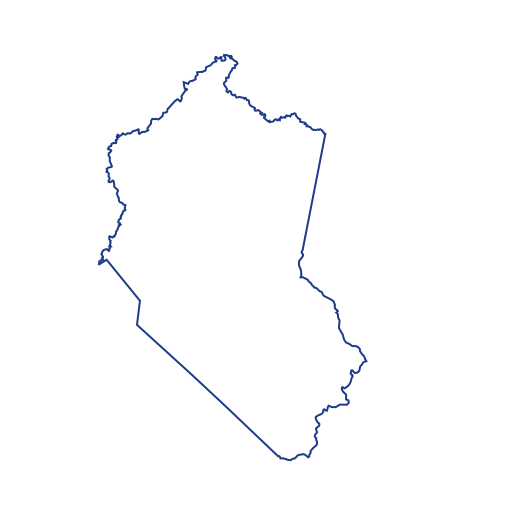 La Mesa, Veraguas, Panama (orthographic projection), rotated 227°
{"feature_id": "35544464B90522605165163", "entity_name": "La Mesa", "entity_type": "district", "adm_level": 2, "iso_a3": "PAN", "parent_name": "Panama", "parent_adm1": "Veraguas", "projection": "orthographic", "projection_center": [-81.193, 8.152], "detail": "fine", "context": "isolated", "style": "outline", "palette": "blue", "viewbox_px": 512, "rotation_deg": 227, "n_neighbors": 0, "source": "geoboundaries", "source_scale": "gbopen_adm2", "svg_char_len": 6100}
<svg xmlns="http://www.w3.org/2000/svg" viewBox="0 0 512 512"><g transform="rotate(227 256 256)"><path d="M101.2,229.5L100.9,230.0L99.1,230.3L98.6,231.2L98.2,234.3L98.5,237.0L99.3,239.2L101.5,242.7L102.2,244.8L103.4,245.3L104.3,244.8L105.6,245.2L107.3,247.7L107.1,248.1L106.2,248.6L104.1,248.3L102.8,248.7L101.5,251.0L101.6,253.2L104.1,256.8L104.3,259.0L105.0,261.5L105.0,262.3L103.8,265.0L106.5,265.5L107.6,266.2L109.5,266.8L111.4,266.5L115.5,267.2L117.2,268.5L119.1,268.6L121.7,267.8L124.5,265.0L127.7,264.4L131.4,262.9L133.5,263.1L135.4,263.7L139.2,265.8L146.8,267.5L151.9,273.2L155.0,274.1L157.8,276.3L159.9,276.1L159.8,278.0L160.1,278.4L163.8,278.0L164.2,278.5L165.8,279.3L166.2,280.3L169.9,281.8L172.6,281.3L180.4,278.5L182.3,278.6L184.2,279.4L185.0,279.5L187.0,278.5L191.0,278.4L193.6,277.0L194.6,277.4L196.1,277.1L198.5,277.6L201.9,277.2L203.3,277.7L209.2,275.5L210.0,273.7L210.5,273.4L210.0,274.1L210.0,274.8L212.3,277.2L215.4,279.4L219.7,281.0L222.4,283.5L223.1,284.9L223.5,288.5L224.3,290.9L225.2,291.5L226.8,291.5L227.8,292.0L228.4,293.9L229.9,296.0L298.0,390.0L298.7,389.3L300.0,389.7L301.0,389.5L301.8,390.0L304.6,389.6L305.0,389.3L305.3,388.1L306.4,387.5L307.1,385.8L308.4,384.9L309.1,383.9L311.1,383.4L313.3,383.6L314.9,382.5L316.2,382.5L316.4,381.8L317.1,382.5L318.9,381.7L318.9,382.7L319.7,382.9L324.1,379.9L324.5,380.1L324.7,380.6L325.9,381.6L327.1,380.9L328.1,380.7L331.5,381.0L332.6,381.8L334.2,381.5L334.5,379.6L335.4,379.0L334.7,376.2L335.9,376.0L336.7,374.7L337.8,374.4L338.0,372.9L337.2,372.0L337.3,371.6L338.9,370.6L339.5,369.1L340.7,369.1L340.6,368.1L339.1,366.1L340.5,365.8L340.2,364.7L340.5,364.2L342.7,363.6L342.9,362.2L342.5,360.6L344.0,358.1L344.5,357.9L345.8,358.1L346.0,357.5L345.1,357.4L345.0,357.1L347.3,356.5L351.7,356.1L352.2,356.8L351.8,357.7L352.1,358.4L352.6,358.9L353.9,359.1L354.2,358.9L354.4,357.4L355.8,356.3L357.0,356.2L356.8,357.9L358.9,357.3L360.1,357.5L361.5,356.9L362.2,355.1L363.2,354.4L363.9,354.7L364.9,356.1L368.4,354.9L370.6,354.5L372.4,355.2L374.5,356.8L375.2,356.7L376.3,355.7L378.8,356.3L379.0,356.1L379.0,354.7L380.7,354.5L381.9,353.4L383.4,352.6L385.1,349.9L385.7,349.8L388.4,350.6L389.1,348.8L390.1,348.5L391.4,348.6L392.8,349.6L394.0,349.5L395.0,348.9L394.7,347.2L396.2,346.6L397.0,347.1L397.9,348.7L400.1,349.2L401.6,349.2L403.5,349.8L404.2,350.3L404.5,351.5L404.4,353.8L406.7,355.6L406.5,356.1L405.1,357.3L405.1,357.7L406.7,359.3L408.2,363.5L408.4,365.4L409.3,366.3L409.3,367.3L408.0,368.6L409.0,370.2L409.9,370.7L409.1,371.9L409.6,373.9L411.6,374.3L413.4,373.4L415.8,373.3L418.4,372.1L419.0,372.2L419.5,372.8L418.2,373.0L418.0,373.8L418.5,374.3L419.3,374.3L421.3,372.1L423.1,371.7L423.9,370.2L424.8,369.8L424.3,368.9L422.3,368.9L420.5,367.8L420.3,366.7L421.5,364.7L422.1,364.2L422.7,364.1L425.0,366.3L425.7,365.6L425.5,364.1L426.0,363.1L426.8,362.7L428.6,362.7L429.0,362.4L428.8,361.5L427.7,360.2L427.1,360.1L425.8,360.3L425.3,359.8L426.8,356.6L426.5,352.7L428.1,348.4L426.5,346.3L426.1,345.3L426.7,344.4L427.2,342.2L428.5,341.0L430.5,338.2L428.4,337.0L428.5,334.6L427.9,333.4L426.6,332.7L426.5,332.0L427.4,328.9L428.4,327.8L428.7,327.0L428.7,325.2L428.1,323.8L432.4,321.7L429.8,319.7L427.1,318.1L426.5,318.1L425.3,319.2L424.9,319.2L424.7,318.5L425.1,317.0L423.7,310.4L422.1,309.6L420.7,307.1L420.6,306.2L420.9,305.9L423.6,305.8L424.2,305.5L424.6,301.8L423.8,293.6L423.9,292.0L422.1,289.1L422.3,288.1L424.0,285.9L422.1,283.0L422.3,278.1L422.7,277.5L424.2,276.8L425.0,275.4L426.6,274.2L427.0,273.4L426.2,271.2L424.4,269.4L423.5,263.6L422.7,263.1L421.6,263.1L421.4,262.7L422.8,259.0L424.3,257.6L424.9,254.0L425.5,253.9L427.3,255.2L428.4,256.5L428.9,256.4L430.1,253.0L431.2,251.3L431.2,248.4L431.9,246.9L433.2,246.1L433.7,243.4L435.0,242.5L436.4,242.4L436.6,241.7L436.2,240.1L436.5,238.7L437.0,238.2L439.1,237.5L439.0,237.0L438.6,236.7L437.9,236.6L437.2,237.1L436.6,236.8L436.5,236.4L437.8,235.4L436.0,234.3L435.9,233.6L436.4,232.7L436.2,232.1L434.6,231.6L434.1,230.9L434.6,229.9L435.8,229.0L436.5,226.8L435.2,225.1L436.1,223.4L435.4,220.8L434.7,220.7L433.2,222.0L431.7,221.9L431.2,219.8L431.6,218.4L430.3,216.9L429.4,216.5L427.8,216.4L425.3,213.8L419.9,211.8L419.7,211.1L421.4,208.1L421.5,206.2L420.2,205.7L419.6,204.1L418.5,204.7L417.0,204.6L416.4,204.3L414.8,202.5L413.0,202.2L411.9,201.0L411.6,199.5L411.1,198.9L410.4,198.9L409.5,199.6L409.0,200.6L409.0,202.5L408.6,202.9L407.8,202.9L404.8,200.9L403.4,199.6L398.3,199.9L397.5,198.9L396.8,197.1L393.7,195.4L392.2,195.4L391.0,194.2L389.5,193.3L388.1,193.2L385.9,194.4L384.1,194.1L382.3,195.2L380.4,192.5L378.6,191.8L378.6,191.3L379.3,190.5L379.2,188.9L377.9,187.2L378.0,186.2L377.5,184.7L377.2,184.8L377.0,183.8L375.6,182.9L376.0,181.8L375.8,180.0L374.5,178.2L372.7,178.8L372.3,178.5L372.2,177.4L371.4,178.1L371.1,175.1L369.7,172.4L369.2,170.1L368.3,169.3L366.8,165.9L367.5,165.3L367.2,164.2L367.5,163.6L368.4,163.4L369.4,162.5L370.2,162.5L370.4,162.0L368.3,160.1L366.3,160.1L365.9,159.1L364.7,158.5L363.5,156.5L362.6,156.4L363.4,155.8L363.3,155.4L363.0,155.2L361.9,155.5L361.4,154.8L361.5,153.9L360.8,153.3L360.9,152.5L360.0,152.2L360.1,151.8L361.0,151.9L362.3,151.4L362.9,151.5L364.1,149.1L364.1,147.0L363.7,146.0L363.1,145.4L362.9,144.2L359.9,143.7L359.5,143.3L359.5,141.9L358.7,142.1L357.6,141.6L358.8,139.1L358.3,138.6L358.9,137.7L358.4,136.9L357.5,136.6L357.0,134.8L355.1,144.2L302.4,140.6L286.8,122.0L214.1,128.0L166.6,131.3L94.5,135.6L94.1,136.3L93.3,136.6L91.3,135.9L89.4,138.0L84.5,140.7L83.1,142.1L82.7,144.4L81.5,146.4L81.7,151.0L78.7,155.6L77.0,156.4L73.3,156.9L72.9,157.5L73.3,158.5L74.2,159.4L74.6,161.3L76.2,163.1L76.6,166.8L76.4,171.0L77.0,172.4L78.7,174.0L80.8,174.8L81.7,175.9L83.6,175.7L84.3,176.2L84.9,177.2L85.4,180.4L88.4,181.8L89.0,182.4L88.8,186.4L89.8,187.7L90.4,187.9L92.4,187.7L94.8,188.2L96.3,188.8L97.5,189.9L97.1,192.7L95.9,195.7L95.7,196.9L96.2,199.0L97.4,200.1L97.6,200.8L97.1,201.5L95.1,201.8L94.5,202.5L96.8,206.1L97.0,207.0L93.8,208.4L91.1,211.2L90.1,216.0L85.2,221.1L85.4,223.7L86.0,224.4L87.6,225.1L89.5,224.1L90.0,224.2L92.5,226.8L93.4,227.4L97.3,227.1L99.7,227.7L101.0,228.8L101.2,229.5Z" fill="none" stroke="#1e3a8a" stroke-width="2"/></g></svg>